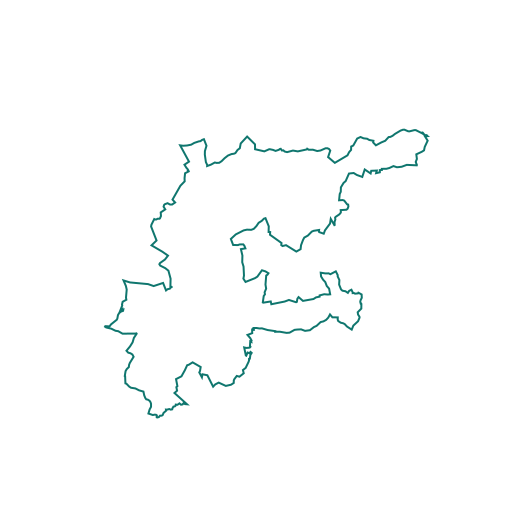 El Roble, Sucre, Colombia, rotated 120°
{"feature_id": "7082276B3034597933819", "entity_name": "El Roble", "entity_type": "district", "adm_level": 2, "iso_a3": "COL", "parent_name": "Colombia", "parent_adm1": "Sucre", "projection": "albers", "projection_center": [-75.136, 9.08], "detail": "fine", "context": "isolated", "style": "outline", "palette": "teal", "viewbox_px": 512, "rotation_deg": 120, "n_neighbors": 0, "source": "geoboundaries", "source_scale": "gbopen_adm2", "svg_char_len": 6129}
<svg xmlns="http://www.w3.org/2000/svg" viewBox="0 0 512 512"><g transform="rotate(120 256 256)"><path d="M157.0,323.4L166.2,325.5L170.8,323.9L173.4,325.0L177.2,325.3L178.4,326.2L180.0,328.2L183.0,330.5L187.0,332.1L191.1,333.2L193.7,334.5L195.1,336.7L195.6,338.4L199.4,340.7L202.5,343.3L201.5,343.8L199.8,346.3L193.8,351.0L190.7,352.7L185.3,354.0L180.9,359.5L182.5,360.8L184.3,361.5L185.3,362.8L188.9,366.0L192.0,367.8L194.8,371.0L197.0,374.3L198.1,377.0L207.8,361.2L212.7,363.6L214.4,360.4L215.0,358.6L216.0,357.0L216.3,357.4L216.7,356.8L219.8,358.8L224.3,356.8L227.0,355.1L232.9,356.6L248.9,356.5L250.1,352.8L253.4,354.4L254.4,356.1L254.5,359.0L256.7,360.8L257.6,361.1L259.5,360.7L261.0,357.9L265.9,360.3L268.9,358.3L271.4,358.0L272.0,358.2L272.9,359.8L274.2,360.6L274.9,361.8L274.9,362.6L281.2,362.2L282.9,361.6L292.3,349.9L299.0,351.8L299.1,339.2L299.7,332.4L304.6,333.1L310.1,335.6L311.4,335.6L312.2,334.2L311.9,328.5L312.5,324.5L318.4,318.6L325.2,314.9L324.9,313.7L325.2,313.5L326.1,314.2L327.4,314.3L329.0,316.0L330.8,316.7L325.8,323.0L333.2,329.6L334.3,335.4L341.9,351.9L343.4,358.5L347.0,353.7L349.7,351.2L357.0,347.8L358.7,346.4L362.3,348.6L365.0,347.8L365.7,347.1L371.6,346.2L370.5,345.2L369.0,344.9L369.4,344.6L368.8,344.1L370.0,343.7L371.6,345.1L373.9,346.0L376.2,346.0L379.5,344.8L380.8,344.7L387.8,347.4L389.8,347.6L390.4,348.1L392.1,351.4L392.7,351.4L392.8,350.0L391.3,345.0L391.0,340.3L390.0,337.7L390.0,332.8L383.6,321.8L382.8,320.9L383.0,320.5L388.0,320.8L392.5,319.7L397.4,319.9L402.8,320.8L403.6,318.3L403.0,316.1L403.1,313.8L404.5,311.6L411.7,311.8L413.7,311.5L415.8,310.6L418.6,311.4L420.9,311.4L425.6,309.6L425.6,309.2L431.6,305.4L431.4,304.3L432.5,300.5L432.6,298.4L431.0,294.2L430.8,290.1L429.7,285.7L432.6,283.1L434.3,280.9L435.0,279.4L434.5,277.9L434.6,275.8L435.4,274.2L436.5,273.0L439.1,271.5L442.1,271.4L446.2,270.4L445.3,265.8L444.1,264.5L443.5,263.2L443.6,262.2L445.2,261.5L445.3,260.9L444.1,259.6L442.3,259.3L441.5,257.9L440.5,257.3L438.1,257.6L434.9,256.5L434.0,257.2L433.6,256.3L431.9,254.6L431.7,253.0L430.7,251.9L429.7,252.2L427.7,252.2L426.8,251.1L425.8,250.8L424.8,251.2L424.1,249.6L421.9,248.6L422.3,246.6L421.3,245.4L419.9,245.2L419.7,243.3L418.9,241.6L415.4,258.1L412.1,257.0L409.4,259.4L408.0,259.0L402.6,263.7L397.5,260.4L390.5,260.5L385.0,261.0L383.9,259.9L379.8,257.7L379.8,248.4L383.6,247.0L385.2,246.9L388.1,242.2L385.2,243.2L383.6,238.5L390.6,227.8L387.6,227.1L384.3,225.0L383.6,217.2L380.0,213.3L377.1,211.8L374.9,213.0L373.7,213.2L369.5,212.7L368.8,210.0L363.7,208.0L361.3,210.3L358.1,209.0L351.5,209.5L350.0,209.8L348.5,210.6L348.0,210.0L344.5,211.4L342.1,211.3L341.8,212.8L343.5,213.1L343.8,215.0L347.2,214.6L347.2,215.1L341.1,220.5L340.5,218.5L339.3,216.7L338.4,215.6L337.4,215.4L337.0,216.2L332.8,218.3L332.7,217.1L332.0,217.7L331.4,217.6L330.0,219.9L328.6,223.9L324.7,220.7L321.8,222.5L321.1,222.6L320.8,222.2L321.3,221.3L321.0,220.9L319.6,222.1L318.1,219.6L317.0,216.7L315.7,214.7L314.3,208.9L311.3,201.4L311.3,201.1L311.8,201.1L309.7,197.6L307.3,191.1L305.6,188.6L300.7,185.7L299.2,183.7L297.0,180.3L296.3,176.1L293.3,172.2L288.6,170.3L286.2,168.6L280.9,167.0L278.9,164.9L276.2,163.3L273.2,162.6L269.6,162.7L270.9,159.2L268.3,154.5L270.3,153.4L271.2,152.3L271.4,149.2L270.7,147.0L270.6,145.2L271.6,141.9L271.9,136.3L267.6,136.9L261.5,135.0L257.6,135.5L256.8,136.1L255.7,138.3L253.9,139.8L248.9,138.5L244.8,140.8L244.6,141.1L244.9,141.5L243.6,142.8L242.1,143.3L239.3,143.5L236.5,145.3L236.6,149.0L237.4,149.0L239.1,151.4L239.1,152.6L239.8,153.7L239.2,154.0L237.5,156.5L239.6,157.9L242.0,158.0L241.8,160.9L242.8,163.7L242.7,164.6L242.3,165.8L239.2,169.7L235.1,171.8L232.9,175.0L231.7,175.7L229.4,179.2L234.6,182.5L234.7,184.4L236.4,187.2L238.1,191.6L241.2,189.4L243.0,186.0L243.9,183.0L246.6,179.7L247.7,176.4L252.1,172.6L253.5,174.6L255.0,177.8L258.3,181.2L259.4,180.6L261.8,183.3L264.5,184.7L271.4,192.9L270.3,198.6L272.3,198.8L275.3,197.7L276.0,198.2L277.6,205.5L281.1,208.4L290.1,218.6L288.0,220.5L292.8,226.4L292.8,226.9L286.8,229.3L284.7,229.1L283.1,230.4L279.2,230.9L276.0,233.5L267.8,237.4L266.4,236.7L264.7,236.6L264.6,240.2L265.4,243.7L273.2,244.5L275.7,245.8L283.7,252.1L281.9,255.6L279.0,256.6L271.4,261.5L268.3,264.8L262.4,268.0L257.6,272.5L254.7,269.0L253.0,271.1L252.3,272.8L254.2,276.0L255.5,277.0L257.9,281.3L253.8,286.3L247.4,284.3L240.0,279.5L237.7,277.0L235.7,273.2L233.6,271.5L229.9,270.6L225.9,270.3L222.7,268.6L219.7,267.8L218.5,266.7L223.9,259.8L228.9,257.1L228.2,255.7L230.6,254.5L232.0,240.4L233.9,239.6L234.1,238.0L231.6,235.4L232.0,223.3L227.8,220.8L224.1,222.4L218.6,223.3L215.9,223.4L212.4,221.3L207.0,219.9L205.4,218.7L201.9,214.4L203.4,213.8L203.7,213.2L202.8,208.5L199.3,209.1L190.9,208.1L186.5,209.8L190.1,203.6L189.8,203.4L187.3,205.0L184.8,205.5L183.2,206.7L182.3,206.6L178.4,204.7L176.5,204.3L175.6,204.4L173.9,205.6L170.7,200.8L169.2,200.3L167.0,200.7L165.4,201.9L165.7,202.9L163.9,207.3L164.2,208.9L166.2,211.9L160.4,214.5L158.0,214.7L154.1,216.8L148.9,216.7L146.3,215.8L138.1,216.7L135.3,212.9L135.4,209.2L134.4,203.5L126.7,205.1L127.2,198.0L124.6,198.8L121.6,194.1L124.2,193.4L121.6,190.6L119.7,191.7L118.5,190.0L117.6,190.6L115.3,186.7L113.1,184.5L109.4,181.9L108.7,178.4L107.9,177.2L105.8,174.4L101.7,171.0L97.1,162.1L96.7,162.2L94.7,164.7L91.5,165.2L87.8,168.0L82.8,164.5L80.5,163.3L77.2,164.4L70.3,165.0L67.9,169.5L66.5,167.5L66.4,168.3L66.1,168.3L66.1,168.7L66.6,168.8L66.7,172.2L66.2,172.2L65.8,173.3L65.9,173.7L66.7,173.8L67.1,180.6L67.9,181.9L71.4,185.5L71.9,186.6L72.4,190.7L73.2,191.9L75.1,193.5L80.8,196.7L83.6,197.8L85.7,199.2L86.7,200.6L91.6,201.7L94.9,204.2L100.2,207.5L99.1,211.3L97.5,211.9L98.9,215.9L98.9,218.4L100.3,221.7L100.7,225.0L103.7,227.1L111.7,227.0L113.6,228.3L116.6,226.7L119.5,227.3L123.1,227.1L135.9,234.3L134.3,243.0L127.6,244.4L126.8,246.3L127.0,248.1L127.9,249.6L132.4,252.9L134.5,255.5L135.5,259.9L137.6,263.4L137.5,265.3L138.3,265.3L144.5,272.1L146.2,276.7L150.5,281.0L151.2,283.5L150.8,285.1L151.7,286.3L150.8,288.2L151.5,288.9L152.6,289.3L155.2,291.6L155.6,294.3L156.6,297.4L157.0,298.0L161.2,301.1L164.0,310.2L159.8,312.7L157.0,323.4Z" fill="none" stroke="#0f766e" stroke-width="2"/></g></svg>